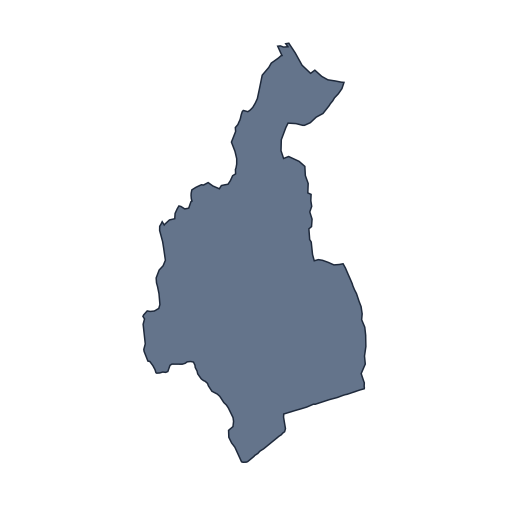 outline of Mamou, Mamou, Guinea, rotated 343°
{"feature_id": "49546643B72815389499799", "entity_name": "Mamou", "entity_type": "district", "adm_level": 2, "iso_a3": "GIN", "parent_name": "Guinea", "parent_adm1": "Mamou", "projection": "equal_earth", "projection_center": [-11.801, 10.57], "detail": "fine", "context": "isolated", "style": "filled", "palette": "slate", "viewbox_px": 512, "rotation_deg": 343, "n_neighbors": 0, "source": "geoboundaries", "source_scale": "gbopen_adm2", "svg_char_len": 3164}
<svg xmlns="http://www.w3.org/2000/svg" viewBox="0 0 512 512"><g transform="rotate(343 256 256)"><path d="M387.1,121.1L390.9,115.7L388.4,114.7L383.2,111.9L376.2,108.5L371.4,103.5L366.6,95.5L361.6,97.3L355.8,87.0L352.9,73.3L349.6,62.1L346.5,61.7L347.7,65.2L343.5,64.3L340.7,62.2L338.1,61.7L338.8,67.2L339.2,70.2L339.5,71.9L338.5,71.8L335.4,73.2L327.0,76.0L323.4,79.4L314.8,84.9L307.9,97.6L303.3,105.9L300.0,109.6L296.3,113.0L292.8,114.9L290.4,115.6L286.4,113.1L285.1,113.9L283.3,116.4L282.7,117.4L281.3,119.9L280.1,121.6L279.0,122.7L277.1,125.0L273.8,127.1L272.9,131.0L265.8,139.9L266.5,149.8L266.0,157.3L264.4,162.5L262.7,165.8L261.6,167.3L260.5,171.5L257.1,172.4L253.5,176.5L250.2,179.2L247.0,178.8L243.5,178.5L240.6,181.0L235.2,176.4L231.7,171.8L226.5,172.8L224.6,171.9L220.3,172.5L218.4,172.8L214.0,174.0L212.4,176.9L211.6,179.1L210.9,182.3L210.9,182.6L210.8,184.8L209.7,185.0L205.7,190.5L204.7,190.5L201.6,190.1L198.7,186.7L196.9,185.6L194.5,187.8L191.1,191.6L189.2,196.6L183.8,196.2L178.0,199.0L177.3,199.5L176.3,195.8L174.1,198.1L172.6,199.4L171.3,203.4L170.9,215.0L170.0,221.4L168.1,233.6L164.3,238.2L159.3,241.1L154.1,247.8L153.0,252.6L152.9,256.5L152.2,263.7L149.9,274.4L147.7,277.7L142.7,278.9L138.6,278.1L135.9,276.7L131.3,279.5L130.2,280.7L131.0,283.6L128.1,288.3L124.4,307.7L121.4,312.5L121.1,314.5L121.9,324.9L123.6,325.8L125.3,330.6L126.2,335.2L126.2,338.3L126.8,339.0L129.8,339.7L132.9,339.7L135.6,340.9L137.9,340.7L141.8,335.4L144.0,334.8L153.9,337.9L156.9,337.9L159.3,337.1L162.7,337.8L164.0,338.5L165.2,339.2L165.7,342.6L165.3,344.9L166.0,348.8L165.8,351.7L167.7,357.5L169.3,359.7L170.7,360.9L172.4,363.7L172.5,366.2L174.3,372.5L178.6,376.7L180.3,379.5L182.4,386.8L184.1,389.8L185.1,393.1L186.8,403.8L186.2,407.6L184.1,412.4L178.8,414.7L177.0,421.4L178.0,427.6L179.9,432.7L182.0,448.6L183.2,449.4L183.4,449.5L186.5,450.3L187.9,450.2L192.5,448.3L195.6,447.0L195.7,446.9L196.3,446.4L199.5,445.5L200.0,445.4L201.4,444.5L202.9,443.7L206.2,442.8L206.3,442.8L206.7,442.7L225.5,435.0L228.1,434.3L229.5,433.3L230.6,432.9L231.4,432.6L232.0,432.4L233.7,429.7L235.2,418.4L235.6,417.1L235.9,416.5L236.3,415.2L248.1,415.2L254.3,415.3L260.5,415.3L267.5,414.5L269.4,415.1L274.4,415.0L284.4,414.8L292.4,415.1L295.5,414.9L298.6,414.7L300.4,414.7L300.8,414.7L302.6,414.9L302.9,414.9L315.8,414.5L316.4,414.5L320.7,414.6L321.1,413.7L321.4,412.0L322.0,410.4L322.5,408.9L322.4,407.2L322.2,399.2L328.9,391.3L330.5,383.4L334.6,374.7L336.3,368.7L337.7,363.9L339.2,355.9L338.4,347.8L340.6,342.4L341.7,335.1L341.3,329.6L341.1,321.4L340.3,316.9L339.9,312.8L339.9,310.4L339.3,305.0L338.7,300.1L338.0,293.6L337.0,288.9L333.3,288.5L327.9,287.3L323.2,283.2L318.4,279.6L314.6,277.7L310.3,277.6L310.5,271.1L311.8,264.4L312.9,258.8L312.1,255.8L312.4,254.9L314.5,245.5L317.7,244.1L320.4,237.1L320.3,229.6L323.8,224.8L324.6,219.1L326.7,213.2L324.0,210.8L327.1,201.9L326.7,193.5L328.9,184.6L324.9,178.1L316.3,170.4L310.9,170.8L310.7,162.6L314.2,152.2L322.1,141.9L325.5,138.3L333.0,141.1L338.9,144.7L340.6,145.2L346.9,144.4L354.2,140.8L361.7,139.3L369.8,133.7L371.5,132.2L374.8,130.0L377.3,127.7L382.1,125.0L387.1,121.1Z" fill="#64748b" stroke="#1e293b" stroke-width="1.5"/></g></svg>